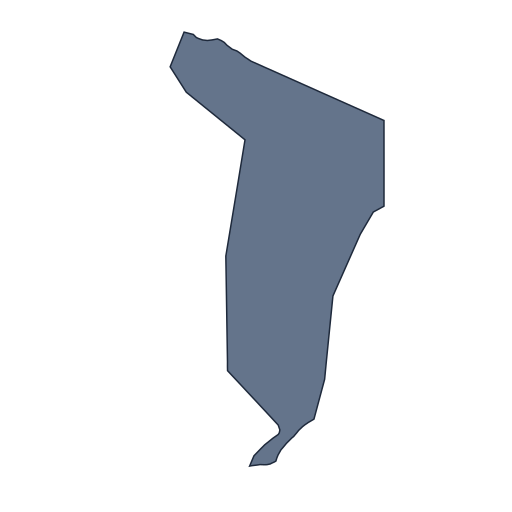 outline of En Bamboo, Vieux Fort, Saint Lucia, rotated 190°
{"feature_id": "8701671B91980057323344", "entity_name": "En Bamboo", "entity_type": "district", "adm_level": 2, "iso_a3": "LCA", "parent_name": "Saint Lucia", "parent_adm1": "Vieux Fort", "projection": "mercator", "projection_center": [-60.948, 13.783], "detail": "fine", "context": "isolated", "style": "filled", "palette": "slate", "viewbox_px": 512, "rotation_deg": 190, "n_neighbors": 0, "source": "geoboundaries", "source_scale": "gbopen_adm2", "svg_char_len": 1090}
<svg xmlns="http://www.w3.org/2000/svg" viewBox="0 0 512 512"><g transform="rotate(190 256 256)"><path d="M138.6,327.3L144.6,361.4L153.5,411.7L154.0,411.8L294.7,447.0L301.6,450.0L306.8,453.0L310.4,454.6L315.3,455.5L321.2,458.5L324.3,460.8L327.5,462.1L331.6,463.1L336.7,461.2L341.3,459.8L346.1,459.5L350.3,460.2L352.7,460.8L356.2,463.3L365.7,464.0L373.4,427.4L353.1,405.2L287.0,368.5L286.4,319.0L285.7,250.7L265.7,146.8L264.9,142.1L264.1,138.1L226.2,109.6L204.8,93.4L202.3,88.9L202.3,87.7L202.4,85.8L203.1,84.1L207.9,79.3L209.7,77.2L214.7,71.5L216.2,69.3L217.7,67.2L221.0,62.3L223.3,58.9L225.8,48.0L223.7,48.8L218.4,50.4L215.8,51.3L211.4,51.9L209.0,52.4L205.8,53.7L204.7,54.6L202.2,56.3L200.8,57.5L200.4,60.8L199.7,64.0L198.4,67.6L198.0,68.8L197.7,69.6L196.7,71.2L195.6,73.1L194.9,74.3L193.5,76.8L189.0,83.2L188.0,84.3L187.5,84.9L187.2,85.5L186.4,86.9L185.2,88.9L183.7,91.7L180.4,96.2L180.1,96.5L178.5,98.3L176.4,100.3L176.1,100.7L173.4,103.0L170.6,105.4L167.0,146.5L168.4,164.2L173.3,230.0L157.1,295.5L148.1,319.7L138.6,327.3Z" fill="#64748b" stroke="#1e293b" stroke-width="1.5"/></g></svg>